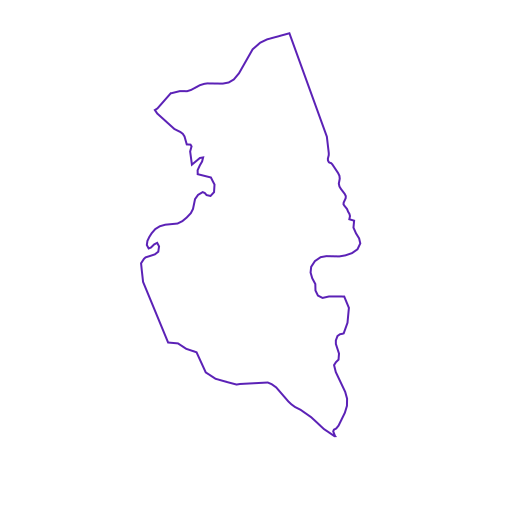 outline of Koundara, rotated 68°
{"feature_id": "GIN-5646", "entity_name": "Koundara", "entity_type": "Prefecture", "adm_level": 1, "iso_a3": "GIN", "parent_name": "Guinea", "parent_adm1": "", "projection": "mercator", "projection_center": [-13.196, 12.344], "detail": "fine", "context": "isolated", "style": "outline", "palette": "violet", "viewbox_px": 512, "rotation_deg": 68, "n_neighbors": 0, "source": "natural_earth", "source_scale": "10m", "svg_char_len": 2078}
<svg xmlns="http://www.w3.org/2000/svg" viewBox="0 0 512 512"><g transform="rotate(68 256 256)"><path d="M187.2,149.8L188.2,150.1L189.8,150.8L192.7,152.9L194.4,153.5L196.4,153.3L197.3,152.5L198.1,151.5L199.7,150.9L209.9,148.8L212.9,148.6L215.7,149.4L219.9,152.1L222.9,152.6L225.8,152.1L231.6,150.5L234.1,150.3L236.0,151.2L239.3,154.7L240.8,155.5L242.2,155.3L246.5,154.0L249.5,154.0L251.9,153.6L254.2,153.9L256.9,155.7L260.0,151.8L266.2,155.0L272.4,154.8L278.3,153.8L283.4,154.6L287.8,159.4L289.3,165.9L288.9,172.9L287.6,178.9L282.5,190.8L281.3,196.5L282.8,203.3L286.7,208.9L291.8,211.6L297.7,212.2L304.2,211.5L310.3,213.8L315.9,213.4L319.8,210.0L320.9,203.3L326.6,189.4L338.9,189.3L352.2,196.2L360.6,203.7L360.5,205.0L360.0,207.4L360.7,210.4L364.2,213.6L367.5,214.9L377.6,215.6L383.0,218.3L384.4,221.7L386.4,224.5L393.5,225.5L415.4,224.2L422.4,225.0L429.0,227.8L434.6,232.3L444.2,243.0L446.0,246.3L446.2,248.8L447.5,250.1L452.3,250.2L452.7,250.1L452.5,250.7L441.8,257.9L426.2,265.2L415.3,272.3L410.6,276.4L406.7,278.8L403.0,280.5L385.4,286.5L380.7,289.5L377.7,292.5L368.7,318.7L367.9,322.2L362.3,329.7L354.7,339.5L345.1,346.2L323.0,347.2L315.9,355.5L307.8,361.1L303.3,369.9L237.7,370.4L226.6,367.3L219.7,365.3L216.7,361.0L215.9,358.9L216.3,353.9L216.6,349.1L215.4,345.0L210.8,342.3L206.8,342.7L207.1,346.1L208.8,350.2L208.8,352.7L204.9,353.1L201.3,351.0L198.3,347.7L195.8,344.2L193.3,339.3L192.4,334.0L193.0,328.4L196.5,316.6L196.1,311.2L194.4,305.9L191.9,300.4L188.8,296.8L184.0,293.6L180.4,291.2L177.6,286.8L176.8,281.5L178.4,279.9L181.0,279.0L183.3,275.7L181.1,271.0L174.2,267.7L170.1,268.1L166.3,268.4L158.3,279.4L154.6,278.0L150.9,274.1L148.2,270.6L144.8,268.1L144.1,271.3L147.3,281.2L134.4,277.9L130.2,274.7L128.2,275.0L126.6,278.4L118.4,277.5L115.3,278.1L112.8,279.6L107.7,284.1L86.9,294.2L82.8,295.1L82.3,292.2L73.2,274.1L73.3,274.0L74.6,264.8L77.4,258.1L77.7,254.0L76.6,244.0L77.0,239.5L77.7,236.6L83.7,222.3L84.9,216.3L84.0,210.4L80.2,203.3L63.1,181.7L59.8,172.2L59.3,164.5L62.0,141.6L171.9,145.6L187.2,149.8Z" fill="none" stroke="#5b21b6" stroke-width="2"/></g></svg>